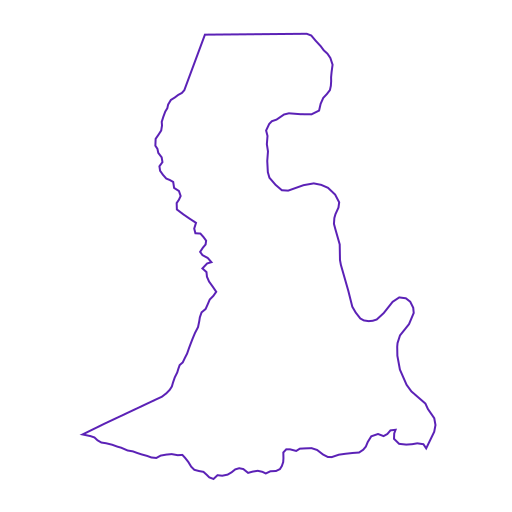 Cachoeira Dourada, Goiás, Brazil (orthographic projection), rotated 269°
{"feature_id": "56859067B56654290840077", "entity_name": "Cachoeira Dourada", "entity_type": "district", "adm_level": 2, "iso_a3": "BRA", "parent_name": "Brazil", "parent_adm1": "Goiás", "projection": "orthographic", "projection_center": [-49.637, -18.482], "detail": "fine", "context": "isolated", "style": "outline", "palette": "violet", "viewbox_px": 512, "rotation_deg": 269, "n_neighbors": 0, "source": "geoboundaries", "source_scale": "gbopen_adm2", "svg_char_len": 2945}
<svg xmlns="http://www.w3.org/2000/svg" viewBox="0 0 512 512"><g transform="rotate(269 256 256)"><path d="M400.3,321.6L407.1,323.3L412.9,326.0L416.7,329.7L420.6,332.8L424.8,333.8L429.5,334.2L433.4,334.2L438.7,334.8L445.9,335.9L452.7,333.8L457.0,331.0L460.5,327.3L464.6,324.4L470.3,319.3L475.5,315.1L477.3,310.6L478.2,208.8L423.0,187.2L420.3,184.7L418.4,181.0L415.9,177.6L413.5,173.6L409.0,170.8L405.3,169.9L402.0,167.8L396.9,165.8L391.8,164.1L388.1,164.3L383.1,163.4L378.8,160.5L374.9,157.7L368.0,157.3L364.9,159.3L360.8,160.1L356.3,163.4L351.5,164.1L347.4,161.0L342.9,161.6L338.9,164.3L335.0,167.6L333.5,171.1L331.5,174.5L325.5,175.3L322.3,180.1L317.3,181.7L313.6,179.9L310.3,177.6L303.9,177.7L298.8,184.2L294.4,190.4L290.2,196.6L284.5,194.7L279.8,195.8L279.4,200.8L275.9,203.8L272.2,206.4L268.4,205.8L265.2,203.0L261.1,200.2L257.8,202.5L254.8,207.8L250.6,211.3L249.4,207.0L244.5,202.2L240.8,206.2L236.1,206.6L231.3,208.6L225.8,212.4L220.9,215.6L216.8,212.6L213.3,209.0L208.4,206.8L203.9,204.7L200.6,200.6L195.7,198.8L191.7,198.1L185.9,196.8L180.2,193.7L174.5,191.2L169.6,189.2L165.3,187.5L159.6,185.4L155.5,183.2L150.9,180.9L148.3,177.8L144.6,176.4L140.9,175.2L136.1,172.7L130.9,170.8L127.0,169.6L123.7,167.4L120.4,164.1L116.9,159.4L114.5,153.9L90.9,101.4L80.6,79.5L78.8,87.4L77.4,91.3L74.5,94.3L72.2,98.1L71.4,102.8L69.8,108.9L67.8,114.1L66.7,117.8L63.8,124.2L62.8,129.5L61.2,133.6L59.7,137.9L58.0,143.7L56.4,147.8L55.8,152.8L58.1,157.2L59.0,162.9L59.4,168.2L58.2,174.3L58.4,178.9L55.5,181.5L51.3,184.7L46.5,187.5L43.3,190.6L42.0,195.2L41.1,199.7L38.1,202.9L35.5,205.4L33.8,209.6L37.5,213.7L36.9,218.4L37.9,223.8L40.2,227.9L43.0,231.5L44.1,235.5L43.2,239.6L39.3,244.3L40.5,249.0L41.2,254.0L40.1,258.6L38.4,262.0L40.5,266.6L40.7,272.3L42.5,276.2L45.6,278.2L49.5,279.6L53.2,279.9L59.1,279.9L62.2,282.9L62.1,286.7L60.4,292.8L62.6,296.5L62.8,302.3L62.9,308.2L61.0,313.7L56.3,319.6L53.8,324.3L53.6,328.2L55.9,335.4L56.7,342.0L57.4,349.6L57.7,355.6L60.4,359.8L63.5,362.5L68.1,364.5L73.7,368.1L75.9,374.9L73.7,380.4L75.7,384.2L79.3,387.4L79.8,392.5L76.2,391.1L70.8,390.8L65.7,395.8L64.8,402.9L65.1,408.8L65.9,414.0L64.9,420.1L60.7,422.8L77.1,431.1L83.8,432.5L90.7,431.4L100.0,425.2L105.5,422.8L117.9,409.0L124.6,404.3L139.9,397.9L153.8,395.6L162.8,395.6L166.5,396.0L174.1,398.6L185.2,407.8L196.3,412.7L201.5,412.3L207.6,409.4L211.1,405.1L212.1,398.5L207.8,391.8L196.7,382.7L190.4,375.6L189.2,371.6L188.9,367.5L189.7,362.7L191.7,359.2L197.7,354.7L203.6,351.4L219.5,347.7L245.7,340.7L250.5,339.9L260.3,339.9L266.1,339.9L281.9,335.7L286.8,334.5L292.6,335.0L296.5,336.2L303.0,339.3L308.2,340.1L316.0,336.2L322.9,329.2L326.0,322.4L327.6,315.0L326.0,304.8L320.8,289.3L321.3,283.0L326.8,276.8L334.0,270.8L339.6,269.3L350.8,268.9L360.4,269.8L367.6,268.8L375.8,269.6L381.3,268.3L387.8,271.5L390.5,274.2L392.0,278.9L394.7,283.0L397.0,286.5L398.1,291.4L397.6,296.7L397.0,302.9L396.7,314.0L400.3,321.6Z" fill="none" stroke="#5b21b6" stroke-width="2"/></g></svg>